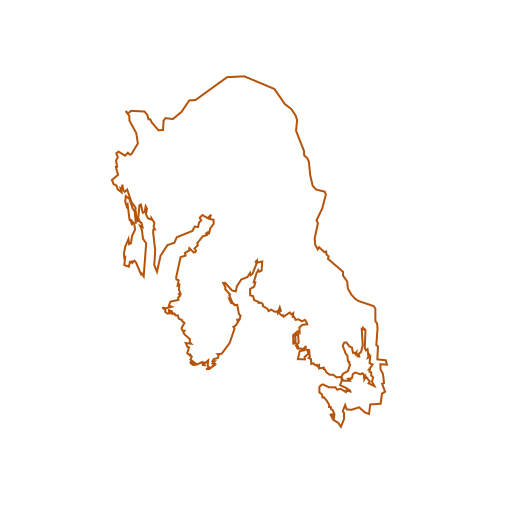 the district of Fusa nor, Hordaland, Norway, rotated 323°
{"feature_id": "86288312B62165724203406", "entity_name": "Fusa nor", "entity_type": "district", "adm_level": 2, "iso_a3": "NOR", "parent_name": "Norway", "parent_adm1": "Hordaland", "projection": "albers", "projection_center": [5.703, 60.194], "detail": "fine", "context": "isolated", "style": "outline", "palette": "amber", "viewbox_px": 512, "rotation_deg": 323, "n_neighbors": 0, "source": "geoboundaries", "source_scale": "gbopen_adm2", "svg_char_len": 6136}
<svg xmlns="http://www.w3.org/2000/svg" viewBox="0 0 512 512"><g transform="rotate(323 256 256)"><path d="M340.6,95.8L301.5,95.0L296.3,91.6L283.1,96.1L272.0,96.6L266.8,91.5L263.7,92.2L257.6,99.4L253.8,97.0L253.1,86.9L253.8,83.1L252.4,82.1L254.1,78.0L253.9,73.5L243.6,64.9L239.8,65.1L239.1,61.8L239.1,67.9L236.4,71.7L234.3,85.9L229.4,95.0L217.8,99.7L216.2,99.2L215.8,96.4L211.9,97.2L209.0,89.9L206.2,89.9L205.2,93.9L201.7,95.5L198.8,101.1L197.7,100.5L194.6,108.2L186.7,108.6L185.5,112.8L187.0,115.9L185.6,119.5L187.0,124.2L188.7,120.2L189.3,121.5L192.2,118.6L189.5,124.0L189.8,125.8L193.1,125.4L189.0,138.0L188.9,144.9L185.2,149.6L186.0,149.3L183.1,154.3L182.5,158.0L182.7,153.4L179.5,157.9L185.9,147.5L186.1,143.7L189.3,134.4L188.1,129.8L184.5,133.6L182.6,138.6L184.4,137.7L176.7,151.2L177.3,152.4L175.6,156.9L177.9,153.4L178.2,156.9L175.3,162.2L169.3,165.2L163.9,170.5L161.8,170.2L164.4,165.7L157.1,169.9L151.9,174.7L149.7,178.3L150.7,178.3L145.4,184.0L147.9,188.0L151.9,184.8L152.9,186.8L154.2,185.1L153.8,186.9L156.1,186.6L156.3,188.9L153.2,201.3L154.2,201.1L154.0,204.7L175.9,179.8L176.1,174.3L180.6,166.4L181.6,162.1L182.8,164.6L184.5,160.6L183.8,159.5L184.8,154.8L193.5,145.3L195.0,145.6L191.6,153.3L193.7,153.8L197.8,149.9L197.4,152.6L193.1,156.6L192.5,161.1L194.2,163.6L195.3,162.5L194.8,168.3L191.7,171.2L191.3,174.0L189.8,173.2L188.0,175.3L178.9,190.8L169.3,202.0L167.4,209.0L180.0,198.3L191.8,194.0L198.8,196.3L204.0,193.3L220.3,197.7L224.7,195.6L227.2,198.0L230.7,194.9L233.6,194.7L234.1,191.6L237.8,191.0L240.1,196.6L245.0,196.0L241.1,198.3L243.9,201.6L241.6,204.8L236.3,206.3L232.1,209.8L230.7,209.3L231.5,208.0L229.6,208.0L229.2,209.7L225.1,208.2L216.7,210.5L216.0,212.4L211.4,213.0L211.2,215.8L209.8,216.4L208.4,215.7L207.5,209.7L205.8,211.4L201.1,210.8L200.0,213.3L195.1,211.5L179.5,224.9L178.3,226.9L179.6,228.9L175.6,232.5L177.5,232.8L174.1,236.6L173.1,240.8L171.5,240.1L171.5,242.1L168.7,242.4L167.6,244.4L160.2,240.9L156.6,243.2L158.1,245.8L152.0,243.2L150.2,240.7L151.1,244.8L149.9,245.9L150.6,248.6L153.6,250.5L153.0,248.3L153.9,246.9L155.5,249.3L154.9,251.7L153.6,251.7L156.2,252.8L156.0,255.0L157.8,256.5L156.6,259.4L158.4,262.9L157.8,263.9L158.6,266.4L153.1,268.8L152.4,271.2L153.9,272.6L152.1,273.1L151.7,275.5L153.2,282.6L151.2,285.0L151.4,287.0L147.5,283.2L146.6,287.5L147.5,288.7L142.6,292.1L143.3,295.6L144.1,295.2L144.1,297.8L141.3,299.2L143.3,306.3L140.9,305.1L141.6,303.2L140.6,301.2L139.4,301.7L139.7,304.0L140.2,305.2L143.8,307.3L149.1,308.2L148.0,311.1L149.2,312.2L149.6,309.2L151.1,310.5L150.0,311.1L155.0,310.6L151.3,314.6L151.6,316.8L148.0,316.4L150.8,318.1L157.2,318.2L156.6,317.6L158.2,317.2L156.7,315.7L159.7,315.2L158.0,313.9L160.2,312.9L164.1,314.5L166.6,312.8L166.3,311.3L169.8,313.4L182.6,309.6L195.3,301.0L195.3,299.0L198.1,299.3L203.5,297.2L202.2,296.7L202.7,295.6L204.6,296.7L207.8,294.4L207.3,292.4L211.6,283.7L209.2,282.3L209.5,280.8L207.9,278.7L208.7,274.9L209.5,277.4L210.9,271.5L212.1,271.1L211.4,264.0L212.8,262.5L213.5,257.8L215.2,258.8L216.1,269.1L218.5,272.1L222.8,268.5L230.1,265.9L236.5,267.7L241.1,265.9L240.2,268.1L242.7,268.0L251.9,262.4L252.3,260.4L254.2,260.1L253.0,262.1L257.7,264.1L251.7,271.0L249.1,270.5L249.4,268.6L246.1,270.0L238.4,275.6L239.6,276.6L236.2,279.3L231.4,278.8L227.7,283.9L229.6,286.4L228.0,290.0L230.5,294.5L229.9,295.2L232.1,296.5L232.4,298.8L231.3,300.1L233.4,305.0L232.9,307.6L235.8,307.9L237.5,311.9L239.6,313.0L239.1,314.3L244.1,311.3L242.9,314.7L240.0,314.8L240.7,319.0L241.8,319.3L241.5,321.1L248.9,321.4L249.1,324.0L251.3,324.0L248.7,326.8L249.8,327.5L249.2,330.8L251.8,332.1L253.3,335.7L256.6,336.5L256.4,339.7L255.8,341.4L251.7,338.9L247.7,339.1L244.5,343.7L243.9,341.2L238.0,341.6L233.5,347.8L236.0,347.5L234.3,349.2L235.2,349.5L239.4,343.2L242.6,343.5L238.0,350.9L234.1,351.6L233.6,354.1L235.0,353.3L234.4,355.7L236.5,357.3L236.4,358.8L241.8,358.1L238.2,360.5L233.6,358.3L227.4,363.6L232.9,368.0L234.0,365.9L239.2,365.6L240.3,361.6L241.8,363.0L238.4,368.8L236.7,369.1L237.9,371.4L235.2,375.5L237.1,376.0L237.6,378.9L239.1,379.5L238.8,381.1L240.7,381.1L238.7,383.8L243.0,386.0L242.1,387.3L242.8,388.3L242.2,391.0L243.2,394.9L246.3,397.5L247.3,401.4L251.2,403.7L250.2,405.8L250.9,406.8L251.5,404.1L254.5,402.4L260.1,403.2L265.8,399.4L265.7,397.6L266.8,396.8L266.2,395.2L269.1,390.5L268.8,388.1L271.3,379.8L274.3,378.3L276.2,379.4L276.2,384.6L277.5,386.8L275.2,391.8L277.0,392.9L276.6,393.9L278.4,393.3L276.8,395.2L277.7,396.2L276.7,397.2L277.9,398.4L279.0,396.0L282.1,395.9L287.6,391.4L296.6,377.8L297.6,379.3L298.4,378.0L298.9,380.9L287.5,395.0L287.0,397.5L289.0,397.5L286.3,402.2L288.0,401.9L284.2,404.6L286.9,404.8L282.2,410.0L283.8,412.8L278.2,414.6L278.9,414.9L277.0,416.8L278.0,418.4L276.1,420.7L276.5,423.5L273.1,426.0L272.3,431.2L269.3,425.4L271.3,424.8L271.2,419.6L270.0,419.4L270.7,418.3L268.3,419.6L270.7,415.7L270.5,413.8L268.1,413.2L265.2,408.8L262.2,408.6L259.3,411.2L256.3,411.1L257.0,410.2L255.6,409.5L255.8,412.1L249.5,407.2L245.4,409.7L248.4,415.3L250.1,420.1L249.8,421.0L247.1,417.8L245.9,418.8L243.7,413.1L240.3,411.5L240.4,408.7L235.3,404.8L232.1,398.7L229.7,398.3L227.6,398.9L224.5,403.3L225.4,405.8L224.0,409.1L225.3,409.7L225.4,414.0L224.9,418.9L223.5,420.5L224.8,421.5L223.8,423.5L224.5,425.2L223.5,429.5L221.3,431.7L221.6,428.2L220.1,427.6L219.1,433.3L221.3,438.9L221.0,443.5L227.9,439.4L231.8,434.5L231.8,432.2L237.5,428.7L236.1,433.1L239.7,436.3L247.3,438.9L248.8,446.4L251.2,450.2L257.9,443.3L266.6,449.0L273.8,441.7L277.4,442.1L279.8,434.0L281.7,434.5L284.4,430.2L286.5,426.2L287.3,421.3L290.2,417.3L295.2,421.6L296.9,417.4L290.7,411.6L299.0,401.6L298.5,399.5L309.3,387.2L312.1,382.8L312.1,379.9L319.7,369.8L319.8,366.8L310.7,353.5L309.4,349.7L308.9,344.3L309.8,337.3L313.5,331.2L313.7,324.0L316.0,321.1L311.8,301.5L313.7,300.1L313.2,297.3L314.7,294.6L312.9,294.1L311.7,287.0L309.3,287.8L310.1,282.5L313.6,277.1L325.2,267.1L325.7,264.0L337.5,257.9L348.8,249.0L349.6,246.0L344.0,239.1L343.5,234.1L348.0,223.9L355.0,212.5L355.8,208.5L355.0,204.7L357.6,200.8L363.3,180.2L370.7,172.1L372.2,167.5L372.6,159.8L370.5,152.2L371.2,133.7L354.8,105.5L340.6,95.8Z" fill="none" stroke="#b45309" stroke-width="2"/></g></svg>